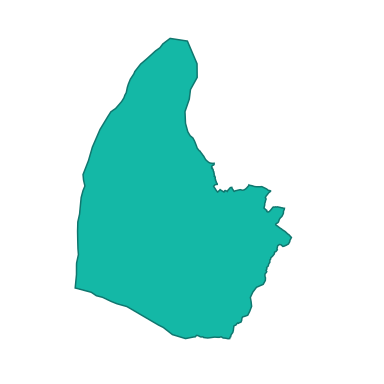 the district of Ogbomosho North, Oyo, Nigeria, rotated 199°
{"feature_id": "59680162B8886032648131", "entity_name": "Ogbomosho North", "entity_type": "district", "adm_level": 2, "iso_a3": "NGA", "parent_name": "Nigeria", "parent_adm1": "Oyo", "projection": "robinson", "projection_center": [4.232, 8.135], "detail": "fine", "context": "isolated", "style": "filled", "palette": "teal", "viewbox_px": 384, "rotation_deg": 199, "n_neighbors": 0, "source": "geoboundaries", "source_scale": "gbopen_adm2", "svg_char_len": 5465}
<svg xmlns="http://www.w3.org/2000/svg" viewBox="0 0 384 384"><g transform="rotate(199 192 192)"><path d="M226.6,61.9L216.3,62.5L180.4,55.3L175.1,54.6L164.1,50.8L150.4,51.3L143.0,55.6L141.8,56.1L141.0,57.9L139.6,58.2L137.5,57.9L136.9,57.8L135.7,58.1L134.7,58.6L133.6,58.2L131.8,58.6L129.6,59.1L127.5,60.1L125.5,61.1L123.3,62.2L121.0,62.8L118.8,63.5L117.3,64.6L115.0,64.1L112.7,64.7L110.1,65.0L108.6,65.7L108.9,66.9L108.3,67.6L108.5,69.0L108.5,69.5L108.2,70.9L107.7,72.4L107.9,75.0L108.3,76.3L108.4,77.3L108.8,78.7L108.3,79.6L107.2,80.5L106.8,81.8L106.2,83.0L105.2,83.0L104.8,83.8L103.4,84.8L103.2,86.6L103.7,88.8L103.5,90.3L101.2,92.0L99.2,93.6L98.6,97.7L98.4,103.3L100.4,107.5L102.5,111.3L101.9,117.1L100.0,122.9L94.6,127.9L93.9,131.9L93.9,132.4L94.6,134.8L95.3,135.6L96.1,137.4L96.2,138.5L96.1,139.1L95.6,139.8L95.4,141.1L96.5,142.0L96.2,142.9L96.2,143.8L96.8,144.7L96.7,145.1L95.8,146.9L96.0,148.3L96.0,149.2L95.5,150.8L95.9,151.9L96.2,153.3L95.8,154.2L96.1,155.5L95.1,157.2L94.7,158.2L94.0,160.3L94.4,161.9L93.2,163.1L92.5,165.2L93.1,165.7L93.5,169.1L92.3,170.8L90.6,171.1L88.4,170.1L87.5,170.6L85.4,172.5L84.6,173.5L83.9,174.2L83.4,176.9L83.7,178.1L83.5,179.0L83.2,181.4L84.9,182.3L85.6,182.7L86.3,183.1L86.9,183.3L87.9,183.5L88.7,183.9L89.4,184.2L90.2,184.6L91.0,184.9L91.5,185.1L92.1,185.2L93.0,185.5L93.7,185.6L94.3,185.7L94.8,186.0L95.4,186.2L96.3,186.4L97.5,186.7L98.3,187.0L99.0,187.2L99.7,187.5L100.4,187.7L101.3,187.9L101.9,188.1L102.3,188.6L102.1,189.5L101.3,190.4L100.7,191.2L100.5,192.1L100.5,193.8L100.5,194.4L100.3,195.5L99.9,196.6L99.5,197.3L99.3,197.7L99.1,198.1L99.0,198.5L98.9,199.2L98.8,200.2L98.7,200.7L98.7,201.1L98.7,201.6L98.7,201.9L99.0,202.7L99.2,203.5L99.2,204.5L99.1,205.4L99.3,206.7L100.7,206.4L101.7,206.4L102.2,206.2L103.1,206.2L104.5,206.0L105.4,205.9L106.2,205.8L106.6,205.7L107.4,205.2L108.3,205.1L109.4,204.4L110.2,204.3L110.6,203.8L110.9,202.8L111.3,201.7L111.5,201.1L112.0,199.9L112.6,198.7L112.9,198.4L113.1,198.1L113.5,197.9L113.8,197.8L114.2,197.8L114.7,197.9L115.0,198.0L115.1,198.4L115.2,198.5L115.2,198.8L115.3,199.0L115.6,199.1L115.8,199.1L116.0,199.1L116.5,199.3L118.7,200.3L119.0,203.3L119.5,204.9L119.5,206.6L119.7,207.8L119.6,209.1L119.8,209.7L120.4,210.1L120.5,210.3L120.8,210.5L120.7,211.1L120.7,211.7L120.6,212.3L120.4,212.9L120.1,213.6L119.8,214.3L119.7,215.0L119.4,215.7L119.0,216.7L118.4,217.4L118.0,218.5L118.5,218.7L119.4,218.6L119.9,218.4L120.2,218.4L121.2,218.7L121.9,219.0L123.3,219.3L124.1,219.4L125.1,219.5L125.9,219.6L126.8,219.7L127.6,219.8L128.0,219.7L128.6,219.5L129.2,219.1L129.6,219.0L130.6,218.7L131.4,218.4L132.1,218.2L132.9,217.9L133.4,217.8L134.3,217.6L134.9,217.5L135.6,217.5L136.6,217.5L137.0,217.5L137.9,217.4L138.6,217.3L139.2,217.2L140.1,217.1L140.5,217.2L140.5,216.4L140.8,215.6L141.1,214.9L141.2,214.7L141.4,214.1L141.5,213.9L141.9,213.1L142.4,212.2L142.9,211.6L143.4,211.0L143.7,210.8L144.0,210.6L144.4,210.3L145.0,210.1L145.6,210.0L145.8,210.0L146.2,210.0L147.1,209.9L147.5,209.7L148.5,209.1L148.7,208.9L149.3,208.6L150.1,208.0L150.9,207.6L151.6,207.1L152.0,206.6L152.3,206.3L152.6,206.4L153.2,206.9L153.7,207.3L154.2,207.6L154.7,208.0L155.0,208.2L155.3,208.5L155.6,208.9L155.7,209.1L155.8,209.3L156.0,209.2L156.3,209.2L156.6,209.1L156.8,208.9L157.3,208.4L157.5,208.0L157.8,207.2L158.3,205.9L158.6,205.4L158.7,204.7L158.8,204.3L158.8,204.0L159.3,204.1L160.0,204.2L160.6,204.2L161.0,204.2L161.1,203.9L161.2,203.7L161.3,203.5L161.5,203.6L161.6,203.2L161.6,202.9L161.6,202.7L161.8,202.4L162.1,202.5L162.6,202.6L162.9,202.6L163.2,202.6L163.6,202.7L164.1,202.9L164.5,203.0L164.9,203.0L165.3,203.1L165.6,203.2L165.9,203.3L166.2,203.4L166.4,202.8L166.6,202.3L166.9,201.9L167.5,200.7L167.8,200.3L169.9,201.6L171.3,202.8L172.7,203.8L173.4,204.4L173.0,205.4L172.5,206.4L172.0,206.8L170.6,207.4L170.9,208.1L172.0,208.9L172.2,209.0L172.3,209.2L172.4,209.5L172.5,209.7L172.7,209.9L172.8,210.1L173.2,210.4L173.4,210.5L173.5,210.6L173.6,210.8L173.6,211.1L173.8,211.3L173.9,211.5L174.6,212.4L174.7,213.2L175.0,213.8L176.1,214.1L176.1,215.0L176.3,215.1L176.4,215.3L176.5,215.4L176.7,215.6L176.9,215.9L176.9,216.1L177.0,216.3L177.1,216.5L177.2,217.0L177.3,217.1L177.6,217.3L177.7,217.5L177.8,217.6L177.8,217.8L178.0,218.1L178.1,218.4L178.2,218.5L178.4,218.6L178.5,218.7L178.8,218.8L178.9,219.1L179.0,219.3L179.1,219.5L179.3,220.0L179.5,220.1L179.7,220.3L180.0,220.4L180.5,220.6L180.4,220.7L180.3,220.9L180.3,221.0L180.5,221.3L181.0,221.4L181.1,221.5L181.3,221.8L181.6,222.0L181.7,222.5L181.6,222.8L181.4,223.1L181.4,223.5L181.1,224.0L180.3,224.5L180.1,225.5L180.3,226.1L180.5,226.4L180.9,226.1L182.1,225.7L184.2,225.3L186.0,225.5L188.0,226.3L189.7,227.1L191.1,228.3L192.5,229.6L193.9,230.5L194.5,230.9L194.8,231.2L195.3,231.5L196.7,232.4L197.8,233.3L198.6,233.4L199.6,234.0L201.4,235.2L203.2,237.5L206.3,241.1L208.8,243.4L212.1,244.6L215.6,247.6L220.5,254.8L224.8,265.7L224.8,278.9L226.8,288.4L224.4,302.0L229.0,314.9L245.5,333.2L262.7,330.1L267.7,322.7L269.3,317.9L272.4,313.6L278.5,302.5L282.2,296.3L285.3,287.3L285.4,284.9L286.1,282.1L287.0,278.6L287.3,273.3L287.2,269.9L286.5,264.5L287.0,261.7L287.0,259.0L287.7,255.7L288.2,254.0L291.4,246.1L294.8,241.5L296.2,235.6L299.3,221.3L300.8,202.0L300.1,188.0L300.7,173.0L298.5,168.1L295.2,162.8L295.5,157.8L295.0,150.7L291.1,134.5L290.2,126.5L287.4,117.6L284.3,109.1L281.3,101.1L279.0,95.8L278.0,87.3L277.3,85.0L274.3,76.2L271.2,63.2L254.6,64.4L248.7,62.8L242.4,63.3L232.5,62.2L226.6,61.9Z" fill="#14b8a6" stroke="#0f766e" stroke-width="1.5"/></g></svg>